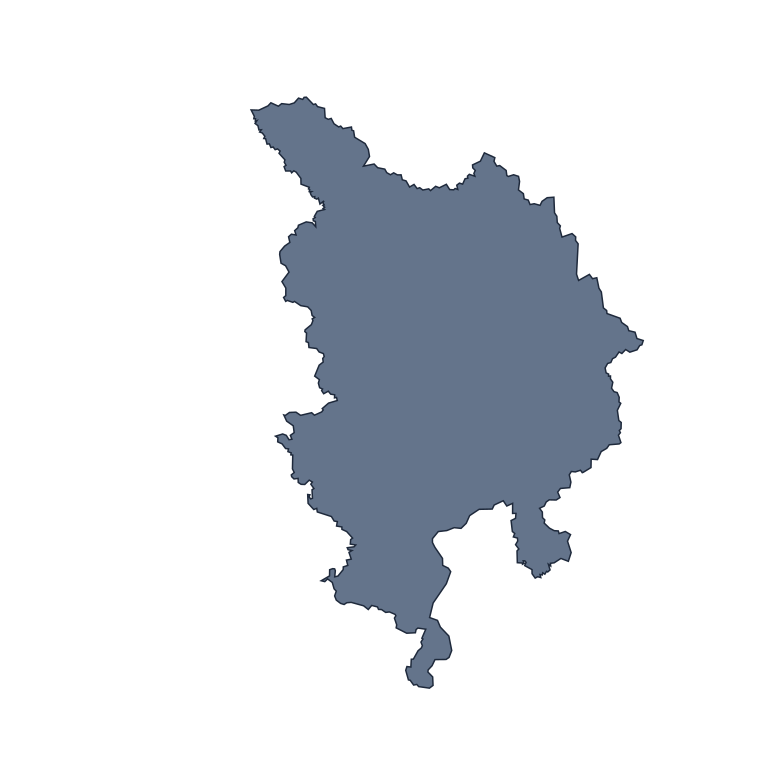 Medio Baudó(boca De Pepé), Chocó, Colombia (Mercator projection), rotated 298°
{"feature_id": "7082276B42421945632945", "entity_name": "Medio Baudó(boca De Pepé)", "entity_type": "district", "adm_level": 2, "iso_a3": "COL", "parent_name": "Colombia", "parent_adm1": "Chocó", "projection": "mercator", "projection_center": [-77.017, 5.148], "detail": "fine", "context": "isolated", "style": "filled", "palette": "slate", "viewbox_px": 768, "rotation_deg": 298, "n_neighbors": 0, "source": "geoboundaries", "source_scale": "gbopen_adm2", "svg_char_len": 6171}
<svg xmlns="http://www.w3.org/2000/svg" viewBox="0 0 768 768"><g transform="rotate(298 384 384)"><path d="M583.8,260.0L587.4,254.5L588.1,242.2L593.3,238.3L593.0,236.5L595.6,234.6L590.2,227.8L591.4,224.7L589.7,223.3L590.3,217.7L593.7,212.7L591.5,210.5L591.5,207.0L599.4,202.1L597.7,195.1L599.2,192.1L597.6,190.4L600.8,180.8L599.6,178.9L597.1,178.6L596.3,174.3L590.1,172.8L586.3,169.1L583.5,162.0L579.7,160.3L579.2,152.1L575.1,151.0L567.0,144.9L563.6,138.0L559.5,143.8L557.1,144.5L557.9,146.0L555.6,147.0L556.9,148.2L553.5,147.8L552.9,151.4L549.6,154.3L550.9,156.3L548.1,155.9L548.5,158.7L546.8,162.5L544.3,162.6L545.0,164.3L540.9,168.1L542.2,170.1L539.7,173.1L541.2,174.9L539.8,177.9L541.6,179.6L540.9,182.9L538.4,183.0L535.4,191.3L533.0,191.8L531.1,194.8L529.0,193.7L525.9,197.2L528.2,201.5L527.1,203.3L529.9,204.3L529.8,207.1L526.5,214.1L521.5,216.9L522.6,225.7L520.8,225.7L520.8,227.1L518.8,227.6L519.8,229.7L518.4,228.9L516.8,230.7L515.6,233.1L516.9,234.9L515.5,235.3L515.7,237.9L517.3,238.8L512.8,243.0L517.5,245.0L515.2,245.1L514.1,247.1L513.0,246.1L512.2,248.6L510.3,247.8L510.1,249.5L505.1,244.0L499.2,243.8L498.7,245.1L496.6,243.8L494.9,245.0L495.3,247.1L490.8,249.9L492.6,244.9L490.6,239.2L484.0,233.9L481.5,234.6L477.5,233.1L474.3,236.4L472.8,231.9L469.2,230.6L464.8,234.4L459.1,231.5L452.1,230.0L449.5,231.0L442.3,236.4L442.2,241.6L438.2,247.6L426.5,245.8L422.6,252.3L415.9,255.8L413.3,254.7L410.8,258.4L412.4,259.4L413.3,265.2L414.9,266.2L414.1,273.7L416.3,280.4L414.7,285.2L410.8,288.3L410.2,291.5L407.8,290.0L406.6,291.5L402.3,292.0L394.8,288.9L393.1,289.5L392.6,291.7L384.8,295.3L385.1,297.8L381.0,300.6L383.7,307.9L381.8,311.7L382.4,316.2L380.2,318.3L377.8,317.9L374.9,320.0L370.2,317.9L358.4,319.1L357.5,324.9L354.0,325.6L350.5,328.9L350.7,332.1L348.9,332.0L347.1,335.3L351.5,338.2L350.0,341.7L351.3,345.5L348.5,346.8L349.8,348.4L347.5,350.5L341.1,344.0L333.3,341.0L332.6,342.5L330.1,342.1L323.8,337.2L324.7,333.6L317.2,325.1L317.8,319.5L314.5,313.9L309.9,311.6L309.6,310.1L305.5,315.5L304.5,323.5L298.9,327.5L294.7,325.4L292.0,328.6L290.2,326.3L292.8,321.8L292.3,318.0L287.0,312.7L286.7,315.6L283.0,317.3L283.3,322.1L280.8,327.4L281.9,330.1L279.2,330.9L279.6,334.4L277.7,335.0L278.4,336.8L266.1,343.0L263.7,346.3L260.2,344.8L258.8,346.0L257.9,349.1L260.3,352.5L256.8,354.5L256.5,357.9L258.1,361.2L264.0,363.1L263.8,366.8L261.2,366.4L258.8,371.2L256.8,370.1L249.5,374.5L248.1,373.2L249.1,370.9L251.4,370.6L250.6,368.5L243.0,373.0L240.2,380.9L242.6,383.0L239.7,385.2L242.3,399.8L239.6,404.3L240.6,407.4L236.3,408.8L238.0,413.9L235.9,415.1L236.2,420.3L233.2,428.6L231.0,427.6L226.8,429.4L228.6,434.6L226.2,434.0L222.2,428.4L220.8,430.1L221.9,433.9L218.9,432.1L214.0,437.3L210.9,433.5L206.8,437.2L203.4,433.9L201.0,435.1L192.8,433.5L190.6,431.0L196.3,428.7L197.6,427.2L196.9,425.4L194.5,423.2L189.0,426.0L180.8,420.9L181.7,424.5L185.4,425.7L184.5,431.5L179.7,436.1L178.7,439.1L173.7,439.9L170.8,443.3L169.9,448.7L170.6,452.3L173.4,453.8L175.8,457.6L178.6,470.1L177.5,476.0L182.7,477.1L184.1,482.9L182.4,485.0L183.7,487.7L183.1,492.7L185.3,495.8L185.8,502.0L184.9,503.3L182.2,503.1L177.3,508.3L174.4,509.2L174.6,521.0L179.1,528.5L182.3,527.6L184.4,528.5L187.1,536.0L177.3,536.8L177.1,538.1L173.5,537.8L171.0,540.7L168.5,540.9L164.5,539.3L154.9,539.1L153.8,537.3L146.7,540.6L145.3,536.9L141.4,537.6L134.2,544.5L134.7,546.2L132.1,551.5L134.1,554.0L133.1,556.7L136.8,566.9L140.9,568.8L148.2,564.5L150.3,558.0L152.3,557.2L157.8,558.7L164.6,558.4L169.9,568.1L173.1,569.8L180.5,568.9L191.9,559.6L195.8,547.9L200.4,542.2L199.2,533.9L213.7,530.2L236.9,532.8L249.6,531.0L251.6,527.2L251.4,521.0L257.5,517.5L263.7,505.6L266.8,501.2L270.2,499.4L279.2,501.2L284.1,508.3L290.1,513.4L292.7,519.8L299.6,522.0L308.0,521.4L318.0,526.8L324.4,538.3L328.9,538.1L336.9,544.1L333.9,549.7L339.0,553.6L330.1,558.3L331.7,561.3L327.1,563.2L323.1,560.3L314.0,566.6L313.4,569.6L309.7,570.0L310.6,574.2L308.1,575.8L303.9,575.6L301.6,580.5L299.1,579.8L288.8,585.6L290.9,590.3L289.9,590.9L291.4,591.9L293.2,589.9L294.0,591.3L293.2,593.2L289.7,593.5L289.6,601.8L286.0,603.8L283.6,608.6L286.0,610.2L286.7,613.3L289.0,611.2L289.7,613.4L291.8,612.8L291.6,615.3L294.9,615.5L294.9,616.8L297.8,617.9L302.0,613.8L301.6,616.6L303.8,615.1L306.0,618.2L313.0,622.1L314.0,630.0L323.0,628.4L331.4,619.8L338.6,619.4L338.9,613.3L334.1,608.8L336.1,606.9L334.4,603.1L334.4,597.8L336.4,590.7L339.5,589.8L340.4,586.7L345.3,583.9L347.3,579.7L351.5,582.8L356.0,582.6L359.3,584.3L362.4,590.5L366.4,592.7L370.1,588.1L374.6,588.8L379.7,596.7L385.1,595.1L390.8,590.2L394.7,590.5L396.2,594.2L400.1,598.0L398.8,600.7L399.6,601.4L407.4,606.0L414.9,602.2L417.5,608.0L426.3,607.5L431.8,610.9L436.1,611.4L441.5,619.8L443.5,620.7L448.9,615.0L452.0,615.6L453.4,613.6L455.8,614.3L461.4,611.5L462.0,608.5L470.3,602.4L478.1,602.1L478.5,599.9L482.7,597.9L485.9,593.9L485.2,590.7L487.1,586.9L493.0,585.2L494.8,581.6L497.4,580.2L496.3,578.6L498.2,577.7L498.1,574.9L502.0,571.7L507.1,571.8L509.5,574.2L513.6,573.9L516.4,575.8L522.6,576.5L522.6,579.7L527.9,581.2L527.5,586.1L533.0,591.4L538.0,591.7L539.7,593.3L544.1,592.5L542.9,586.0L547.6,581.3L546.0,575.1L549.0,572.0L549.9,565.0L552.9,561.6L550.9,547.8L553.4,546.1L554.2,542.0L567.3,532.7L569.5,528.8L577.7,522.0L574.9,518.7L577.2,513.9L566.8,507.2L571.4,502.4L598.9,489.6L600.7,485.7L603.9,484.2L605.1,479.4L597.3,472.2L603.8,466.1L606.4,465.5L607.9,461.2L613.2,457.9L615.2,454.2L628.7,446.3L625.1,440.6L619.5,437.8L615.0,437.9L613.7,432.0L611.0,428.7L614.1,425.0L613.2,420.9L617.5,417.7L618.5,411.6L626.5,408.6L630.5,405.3L629.6,400.2L625.6,396.3L625.7,394.6L629.9,391.6L631.2,383.6L629.3,381.3L632.2,376.6L635.9,375.6L635.2,364.1L626.0,364.5L619.0,359.3L616.5,360.9L615.4,364.3L612.1,364.5L610.1,366.7L609.2,360.9L606.7,360.1L605.1,361.4L603.3,359.2L597.4,359.6L596.8,356.3L593.7,354.9L590.4,357.8L590.0,355.0L588.2,354.4L586.5,350.7L589.6,345.3L583.2,340.7L582.8,336.8L576.6,334.3L577.3,331.9L573.5,327.2L574.1,323.4L572.1,321.5L574.3,316.8L569.9,314.1L573.7,308.1L572.9,304.3L576.7,300.9L574.9,297.6L575.0,293.4L571.8,291.5L571.9,287.2L574.1,283.8L572.0,276.9L573.6,272.0L566.7,263.6L578.1,264.4L583.8,260.0Z" fill="#64748b" stroke="#1e293b" stroke-width="1.5"/></g></svg>